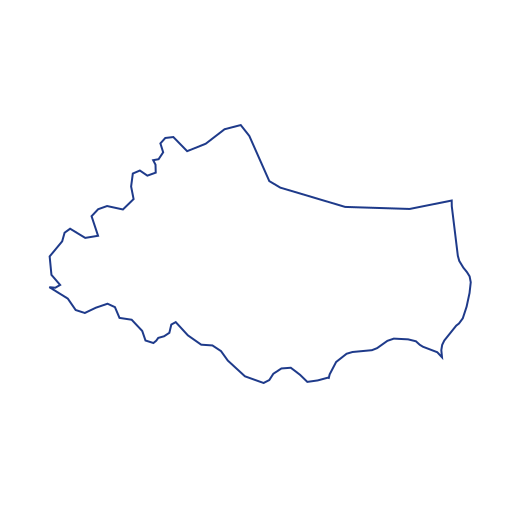 outline of Dobrich, rotated 352°
{"feature_id": "BGR-2259", "entity_name": "Dobrich", "entity_type": "Province", "adm_level": 1, "iso_a3": "BGR", "parent_name": "Bulgaria", "parent_adm1": "", "projection": "mercator", "projection_center": [27.865, 43.673], "detail": "fine", "context": "isolated", "style": "outline", "palette": "blue", "viewbox_px": 512, "rotation_deg": 352, "n_neighbors": 0, "source": "natural_earth", "source_scale": "10m", "svg_char_len": 1364}
<svg xmlns="http://www.w3.org/2000/svg" viewBox="0 0 512 512"><g transform="rotate(352 256 256)"><path d="M190.7,126.7L202.4,142.6L221.9,137.8L242.5,126.1L259.1,124.2L266.1,136.2L279.6,183.7L289.6,191.7L351.1,219.8L414.7,230.8L457.5,228.3L456.8,234.0L455.9,283.9L456.6,289.2L459.7,296.4L462.7,301.4L464.7,305.9L465.0,311.9L462.3,322.4L457.5,335.5L452.1,346.5L447.6,351.1L444.6,352.8L430.7,365.9L428.0,369.9L426.4,375.0L426.1,382.2L422.1,376.5L408.7,369.1L405.8,366.7L402.5,362.7L395.0,359.7L381.0,357.0L374.3,358.3L363.1,364.1L357.7,365.4L338.2,364.5L332.1,365.4L320.6,372.1L312.5,383.4L311.1,386.9L310.2,386.5L299.8,387.8L289.3,387.8L283.1,379.8L274.9,371.5L265.5,370.9L256.8,375.0L251.9,380.7L245.8,382.8L228.3,373.6L213.5,355.6L208.1,345.3L200.4,338.5L189.4,336.2L177.5,325.1L167.3,310.3L162.6,312.1L159.5,320.0L153.8,322.7L147.8,323.5L145.4,326.0L142.3,327.9L134.8,324.3L132.9,314.4L124.0,301.8L112.2,298.3L109.2,287.0L102.3,282.6L90.3,284.9L78.5,288.6L69.9,284.4L63.7,272.0L47.0,258.1L52.8,259.5L58.0,257.4L50.8,246.2L51.6,227.7L66.1,214.5L69.7,206.3L75.7,203.1L89.4,214.3L102.4,214.0L98.7,193.7L106.2,187.7L115.5,185.8L130.7,191.4L142.7,182.6L142.0,169.8L145.5,157.2L152.9,155.2L159.6,161.3L168.3,159.5L169.2,151.6L167.5,146.8L173.0,146.6L178.5,140.4L177.0,131.2L182.6,126.5L190.6,126.7L190.7,126.7Z" fill="none" stroke="#1e3a8a" stroke-width="2"/></g></svg>